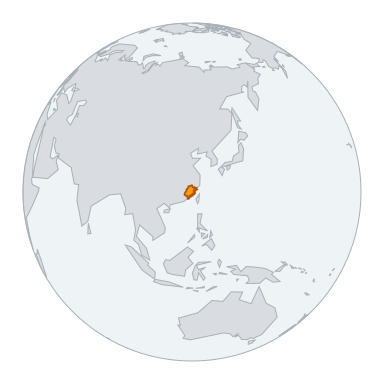 Fujian on an orthographic globe
{"feature_id": "CHN-1178", "entity_name": "Fujian", "entity_type": "Province", "adm_level": 1, "iso_a3": "CHN", "parent_name": "China", "parent_adm1": "", "projection": "orthographic", "projection_center": [118.681, 25.949], "detail": "fine", "context": "on_globe", "style": "filled", "palette": "amber", "viewbox_px": 384, "rotation_deg": 0, "n_neighbors": 0, "source": "natural_earth", "source_scale": "10m", "svg_char_len": 15206}
<svg xmlns="http://www.w3.org/2000/svg" viewBox="0 0 384 384"><circle cx="192" cy="192" r="169" fill="#eef3f6" stroke="#a8b0b8"/><path d="M334.4,268.1L334.2,269.1L334.1,269.3L334.4,268.1ZM302.5,64.2L292.7,56.7L292.9,56.5L289.4,54.2L289.0,54.5L289.6,55.3L277.2,51.4L274.0,56.6L278.6,61.8L273.2,58.3L285.8,71.2L287.6,78.5L282.0,68.2L278.8,65.7L278.3,69.3L274.9,67.6L272.7,68.6L268.6,66.4L265.7,61.1L263.0,59.7L262.8,62.5L258.6,62.4L259.3,58.5L252.1,58.0L245.8,50.2L250.8,43.5L243.9,39.1L240.0,32.6L236.9,32.1L233.4,30.0L228.6,28.8L229.2,28.4L224.8,27.9L225.1,28.6L223.3,28.7L220.5,28.2L220.8,27.4L222.3,27.5L220.9,27.1L222.3,27.0L220.0,26.8L220.7,26.2L215.8,26.1L212.9,25.2L214.5,25.0L219.8,25.8L236.7,29.1L238.5,29.6L250.1,33.3L261.4,38.0L272.4,43.4L282.9,49.6L293.0,56.5L302.5,64.2ZM351.4,148.1L350.0,144.9L351.0,145.5L351.4,148.1ZM349.1,143.9L349.6,144.8L349.1,144.2L349.1,143.9ZM348.7,144.1L348.9,144.0L348.8,144.5L348.7,144.1ZM348.3,144.9L348.4,144.4L348.5,144.6L348.3,144.9ZM347.2,145.1L346.9,145.0L346.9,144.1L347.2,145.1ZM290.4,56.1L289.4,54.7L291.0,55.3L292.3,56.6L290.4,56.1ZM286.7,55.8L285.3,54.4L289.3,56.4L288.9,56.5L286.7,55.8ZM282.7,66.2L282.5,64.3L283.9,66.8L282.7,66.2ZM273.1,69.1L274.3,70.3L272.6,70.4L273.1,69.1ZM221.6,25.7L222.1,25.7L220.7,25.5L219.0,25.2L220.5,25.5L221.6,25.7ZM264.9,67.2L262.0,67.1L264.5,66.2L264.9,67.2ZM216.1,24.8L223.4,26.0L224.9,26.4L220.9,25.9L216.1,24.8ZM259.9,66.5L252.8,66.9L254.7,69.3L245.2,62.9L254.4,64.5L257.2,62.8L257.5,64.9L259.9,66.5ZM226.5,29.0L226.0,28.3L229.0,29.4L226.5,29.0ZM228.8,29.8L240.7,34.0L240.0,35.1L236.2,33.3L237.4,35.5L231.2,34.0L229.1,32.4L230.8,31.9L227.2,31.8L228.8,29.8ZM241.1,59.6L238.9,59.1L240.7,58.6L241.1,59.6ZM222.8,28.8L225.3,29.4L224.8,30.4L219.8,29.4L221.6,29.4L222.8,28.8ZM240.7,37.0L239.5,37.8L234.2,36.6L233.0,36.8L231.0,34.0L240.7,37.0ZM220.2,28.9L217.3,28.9L214.9,28.1L220.4,28.3L220.2,28.9ZM226.8,31.2L226.4,31.6L225.0,31.0L226.8,31.2ZM204.9,25.8L207.8,26.1L207.8,26.6L204.9,25.8ZM216.3,29.0L217.2,29.3L217.5,29.6L215.1,29.5L216.3,29.0ZM227.4,33.6L225.4,33.1L227.9,34.7L224.0,34.1L223.4,32.5L222.0,33.0L220.8,32.8L221.6,31.7L227.4,33.6ZM213.8,30.5L211.6,28.6L206.1,27.6L206.0,27.1L214.8,28.8L213.8,30.5ZM218.3,31.2L215.5,30.6L216.7,30.1L219.4,30.2L218.3,31.2ZM221.6,34.5L227.7,35.7L227.6,36.1L221.6,34.5ZM211.9,30.2L212.5,30.7L211.4,30.2L211.9,30.2ZM218.3,33.2L220.5,33.5L220.4,33.9L218.3,33.2ZM211.8,31.6L211.1,30.9L212.9,30.9L211.8,31.6ZM214.6,32.4L213.9,32.9L214.0,31.3L215.6,32.5L214.6,32.4ZM217.8,33.5L218.5,33.9L216.9,33.4L217.8,33.5ZM205.3,32.2L205.0,30.2L209.0,30.1L208.7,32.0L205.3,32.2ZM66.5,78.9L65.1,80.5L63.2,82.9L58.7,88.2L48.1,104.8L51.1,101.9L47.0,114.3L47.7,119.5L57.6,109.0L56.5,100.2L61.7,92.9L66.9,94.9L68.7,103.6L70.8,101.1L74.2,91.4L79.2,89.5L75.9,87.8L73.8,91.3L71.7,90.6L73.5,87.4L75.2,86.7L75.9,83.5L67.6,88.3L64.6,92.3L63.8,87.9L58.7,94.5L56.8,95.4L64.7,84.7L67.5,82.1L78.4,69.4L75.4,71.6L64.9,84.0L66.1,81.9L62.0,85.8L66.1,81.3L78.3,67.9L80.7,64.9L80.0,65.5L89.7,57.5L90.3,57.1L98.7,51.1L95.6,53.3L98.1,51.7L95.8,53.6L99.3,52.5L98.0,54.4L105.9,50.6L106.3,51.3L101.5,53.2L97.4,55.8L94.9,61.7L96.4,61.8L101.7,59.1L100.3,61.3L105.8,58.0L107.6,60.7L110.0,54.9L116.4,52.3L121.0,52.4L123.5,50.7L116.0,50.6L112.6,51.6L109.0,54.0L100.1,56.8L99.6,55.6L110.5,49.3L111.0,47.3L119.3,43.9L134.5,45.2L137.5,48.0L128.7,57.8L124.3,58.3L125.2,54.8L118.3,60.3L121.8,58.7L120.6,60.9L126.4,59.5L125.9,61.0L132.3,57.5L132.3,59.2L128.2,61.4L136.8,61.6L138.5,65.1L140.7,64.5L142.6,62.8L143.6,68.7L145.2,68.0L145.4,65.8L148.7,63.1L154.9,60.9L155.0,63.0L152.7,64.1L148.0,70.0L142.0,73.0L142.7,73.7L147.9,71.6L153.6,64.4L157.3,62.5L155.3,65.9L156.3,64.5L158.2,64.3L160.0,66.2L162.6,62.6L183.1,58.8L188.7,62.7L184.6,65.7L198.9,67.0L204.1,72.3L204.4,70.0L211.4,69.8L209.8,68.1L210.5,67.1L227.8,66.9L231.9,69.0L239.6,67.4L239.8,66.4L237.2,64.7L245.2,62.9L254.7,69.3L253.9,71.2L260.4,74.4L257.7,78.4L258.5,83.6L251.8,86.9L253.0,91.1L255.4,91.9L258.9,98.7L257.6,110.5L248.0,97.2L247.8,80.9L247.0,87.0L244.0,84.7L241.8,86.4L241.5,91.1L243.4,92.1L226.7,96.6L219.6,108.9L227.8,109.1L231.9,113.7L231.0,130.3L212.0,151.0L217.3,159.2L217.0,164.2L210.9,166.6L211.2,159.3L206.0,156.1L207.1,151.9L197.4,154.1L198.6,148.2L190.5,153.3L192.5,158.3L200.6,158.2L193.1,165.7L200.1,175.0L199.8,185.2L184.4,201.3L170.4,204.8L169.3,207.8L164.3,203.4L156.8,208.5L165.3,227.7L164.7,232.7L152.9,240.4L152.8,236.6L139.6,224.9L136.4,236.4L146.4,248.2L149.8,260.1L141.8,255.2L138.5,244.5L133.8,240.1L135.6,230.0L132.7,213.6L124.7,214.7L125.8,208.5L120.6,193.8L109.4,194.9L91.2,206.1L87.8,221.3L81.9,226.1L76.9,200.3L78.7,184.5L74.3,183.9L71.2,167.6L58.5,158.0L59.0,153.4L56.1,153.3L54.3,146.4L56.0,139.1L53.9,137.3L50.1,156.7L52.6,158.8L58.0,155.2L56.2,161.4L58.2,169.7L47.7,178.6L32.6,177.2L35.0,165.2L43.7,127.3L45.6,124.6L45.8,124.2L46.2,123.5L43.0,127.5L45.8,120.6L36.9,144.8L33.8,154.2L32.3,177.6L31.5,178.7L32.2,184.4L39.2,187.9L38.4,191.6L32.7,204.9L26.4,217.8L29.5,235.2L32.9,248.2L33.1,249.5L29.4,237.9L26.5,226.1L24.5,214.1L23.3,202.0L23.1,189.8L23.7,177.6L25.1,165.6L27.5,153.6L30.6,141.9L34.7,130.4L39.5,119.2L45.2,108.4L51.5,98.1L58.7,88.2L66.5,78.9ZM66.6,119.9L70.3,125.3L75.5,115.5L77.4,117.0L78.5,113.3L75.9,114.8L79.6,105.5L83.7,105.6L86.7,102.0L85.6,100.1L77.6,101.6L72.2,114.7L68.4,116.6L66.6,119.9ZM110.8,43.8L113.9,42.2L114.1,42.4L111.1,44.0L108.7,45.2L110.3,44.1L110.8,43.8ZM107.4,46.3L117.8,41.1L117.2,42.1L115.8,42.3L114.3,43.5L111.6,44.3L100.9,50.8L98.0,52.3L102.7,48.5L102.8,48.7L105.7,46.9L107.4,46.3ZM145.5,30.4L150.0,29.2L142.8,32.5L139.4,33.2L140.9,31.8L145.8,30.1L145.5,30.4ZM207.6,24.2L209.8,24.3L209.7,24.4L207.7,24.4L207.6,24.2ZM205.0,23.5L208.9,23.9L213.5,24.5L207.4,23.8L204.8,23.9L205.1,24.1L209.4,25.2L218.0,26.9L216.9,27.6L213.8,27.6L211.5,27.3L213.0,26.9L208.9,26.8L209.3,26.0L206.2,25.9L197.9,23.8L200.0,23.8L192.6,23.2L195.2,23.1L199.9,23.4L197.2,23.1L205.0,23.5ZM179.5,23.5L183.6,23.5L181.5,24.3L185.2,24.0L185.3,24.4L182.3,24.5L186.9,24.6L186.2,25.1L190.0,26.4L197.1,26.9L198.7,27.6L195.5,27.7L199.3,28.4L194.4,29.1L195.4,29.7L191.6,31.3L184.9,31.4L186.6,32.1L183.7,33.7L178.1,34.2L180.7,32.7L172.7,34.5L173.0,32.8L172.0,33.1L170.1,32.2L166.1,31.8L167.1,31.0L165.1,31.2L163.8,30.8L161.4,30.9L162.3,29.7L159.5,29.8L161.5,29.2L156.4,29.8L160.5,28.9L159.3,28.5L155.9,29.6L166.3,25.2L167.3,24.8L179.5,23.5ZM204.0,32.6L196.0,32.6L192.2,31.8L200.4,29.5L200.2,28.8L205.3,27.8L210.7,29.0L208.7,29.2L208.0,29.6L206.6,29.0L207.3,29.9L204.6,30.2L204.4,31.0L201.8,30.7L204.0,32.6ZM64.3,82.1L63.4,83.4L62.8,84.8L60.2,87.4L64.3,82.1ZM72.5,72.9L72.2,73.4L68.2,77.4L69.1,76.2L72.5,72.9ZM75.4,70.5L72.5,73.1L74.6,71.0L75.4,70.5ZM101.5,53.7L101.6,54.3L100.3,55.1L98.7,55.7L101.5,53.7ZM154.2,40.7L156.3,39.6L157.2,39.7L163.2,38.4L163.4,39.8L159.9,41.1L154.2,40.7ZM55.5,109.6L53.3,110.4L54.0,108.4L54.6,108.5L55.5,109.6ZM55.3,98.1L53.7,102.2L54.6,98.8L55.3,98.1ZM155.5,42.0L157.9,41.2L156.5,42.4L155.5,42.0ZM163.9,40.8L162.8,42.1L164.1,39.8L163.9,40.8ZM106.8,337.6L110.3,339.6L108.5,338.7L106.8,337.6ZM40.6,258.4L46.6,277.2L44.3,273.9L40.4,266.3L35.9,253.7L37.4,253.6L37.2,249.0L40.6,258.4ZM192.8,290.1L198.1,291.1L197.9,291.7L192.8,290.1ZM187.3,287.4L193.3,288.1L186.3,288.8L187.3,287.4ZM195.6,288.3L201.7,287.4L204.3,286.4L203.9,287.8L195.6,288.3ZM183.3,287.2L161.8,284.6L153.4,281.6L155.3,279.4L168.9,281.9L183.3,287.2ZM154.6,279.2L141.9,269.9L125.2,245.0L131.2,246.8L148.7,263.2L147.6,265.2L155.3,272.2L154.6,279.2ZM185.7,269.8L184.5,276.3L172.6,274.5L167.2,272.8L163.4,263.8L165.5,259.7L169.9,260.4L187.5,247.0L193.5,251.3L188.0,257.2L192.9,263.5L185.7,269.8ZM88.3,223.1L90.9,233.5L87.8,233.9L88.3,223.1ZM194.9,236.8L187.6,243.0L194.4,234.5L194.9,236.8ZM199.2,228.6L199.4,232.1L196.7,228.5L199.2,228.6ZM168.8,212.6L164.1,212.8L164.2,210.3L170.2,208.6L168.8,212.6ZM199.5,193.8L198.8,201.2L197.6,203.7L195.9,199.0L199.5,193.8ZM161.0,55.6L152.3,55.7L146.3,57.3L143.1,60.4L143.9,56.3L153.2,53.8L161.0,55.6ZM180.3,58.0L183.1,55.8L184.4,57.1L183.9,57.8L180.3,58.0ZM180.2,56.5L178.9,53.2L182.1,52.2L182.5,54.9L180.2,56.5ZM166.8,46.7L164.3,46.5L165.5,45.5L166.8,46.7ZM294.5,324.9L295.9,324.4L291.1,328.3L284.6,332.8L278.9,335.9L294.5,324.9ZM248.3,344.3L248.3,341.4L255.1,340.0L252.1,343.0L248.3,344.3ZM299.0,321.3L303.3,317.1L305.2,313.5L304.4,316.2L307.6,314.3L297.3,323.5L299.0,321.3ZM223.5,332.9L190.4,339.8L183.1,338.4L184.8,335.4L177.9,325.0L180.3,325.4L178.5,318.1L198.0,312.7L212.0,300.5L223.0,301.4L231.2,291.8L242.6,292.1L239.2,299.7L251.1,303.7L259.1,286.6L266.3,303.3L274.9,307.8L277.2,317.1L261.7,334.5L252.9,338.6L251.2,337.6L247.5,339.5L241.8,339.6L238.6,335.3L235.0,337.1L238.5,333.2L233.2,336.8L230.3,333.9L223.5,332.9ZM304.9,293.0L306.5,292.9L309.1,294.7L306.4,295.2L304.9,293.0ZM330.2,273.7L330.9,274.6L329.2,275.9L330.2,273.7ZM334.1,269.3L332.1,271.0L334.4,268.1L334.1,269.3ZM313.8,280.7L314.6,281.4L313.9,282.0L313.8,280.7ZM313.1,280.6L314.1,278.6L314.0,280.3L313.1,280.6ZM305.2,273.6L306.2,272.4L306.7,273.0L305.2,273.6ZM205.9,291.5L213.1,286.8L217.2,286.5L205.9,291.5ZM303.8,272.0L301.2,272.5L301.5,271.5L303.8,272.0ZM303.9,269.7L303.6,268.4L305.2,271.2L303.9,269.7ZM299.0,267.8L302.1,269.5L298.6,268.2L299.0,267.8ZM297.1,268.5L294.9,267.9L295.0,267.4L297.1,268.5ZM271.5,274.4L280.0,281.5L273.2,282.2L265.6,278.0L259.7,283.3L246.2,283.4L249.3,280.3L247.4,275.8L233.6,274.4L230.8,271.3L235.7,269.2L226.7,266.8L236.6,265.4L240.7,271.6L246.3,266.5L256.1,267.2L265.6,268.6L273.4,272.4L271.5,274.4ZM236.7,279.1L238.4,279.1L236.9,281.0L236.7,279.1ZM290.5,265.3L293.8,267.7L293.4,268.5L291.8,268.3L290.5,265.3ZM275.1,271.2L283.4,265.0L285.4,264.8L279.9,271.3L275.1,271.2ZM281.4,261.9L285.2,262.1L287.3,264.7L286.5,265.6L281.4,261.9ZM216.4,273.3L216.0,275.1L213.5,273.6L216.4,273.3ZM219.7,272.4L227.5,274.3L219.0,273.8L219.7,272.4ZM196.4,265.3L198.6,269.6L205.7,267.3L200.3,270.9L205.2,277.9L203.6,280.3L198.7,272.8L197.1,280.2L194.0,279.8L192.3,273.3L195.4,265.5L198.5,262.4L211.3,261.7L196.4,265.3ZM219.6,267.3L217.6,262.4L219.1,259.2L221.4,261.8L219.6,267.3ZM211.7,250.3L206.4,244.3L201.5,246.2L211.5,238.6L214.9,245.6L211.7,250.3ZM207.4,237.3L202.7,239.1L207.6,234.6L207.4,237.3ZM201.6,237.1L201.2,232.9L204.8,233.7L201.6,237.1ZM209.7,237.6L210.8,230.7L212.5,234.9L209.7,237.6ZM200.0,223.6L207.5,230.9L197.6,227.4L197.7,213.8L202.0,213.8L200.0,223.6ZM227.2,170.2L226.4,166.3L230.4,165.5L229.8,168.4L227.2,170.2ZM242.8,160.8L231.3,164.1L221.9,167.3L224.6,169.2L222.1,175.7L218.3,169.3L225.2,162.4L232.2,161.3L233.6,155.8L239.0,152.3L238.4,145.6L240.9,142.8L243.6,148.7L242.8,160.8ZM237.9,142.7L238.8,131.1L246.1,133.0L247.6,135.9L244.1,140.3L240.4,139.1L237.9,142.7ZM241.2,129.0L237.6,127.7L231.5,110.9L232.0,107.9L240.6,121.0L237.7,120.7L237.9,124.7L241.2,129.0ZM239.4,60.2L239.0,59.2L240.7,60.1L239.4,60.2ZM209.5,66.2L210.6,64.9L212.6,65.9L209.5,66.2ZM214.9,62.2L211.9,61.9L215.1,61.3L214.9,62.2ZM205.2,61.6L210.7,61.4L205.5,62.9L205.2,61.6Z" fill="#d9dde1" stroke="#a8b0b8" stroke-width="1"/><path d="M196.5,188.0L196.6,188.4L196.4,188.2L196.2,188.1L196.3,188.0L196.2,188.0L196.3,187.9L196.0,188.0L195.9,188.2L196.1,188.1L196.3,188.2L196.4,188.3L196.6,188.4L196.4,188.4L196.5,188.5L196.4,188.5L196.5,188.6L196.1,188.5L196.0,188.8L195.9,188.9L196.1,189.0L195.8,189.1L195.7,189.2L195.5,189.4L195.8,189.5L195.7,189.6L195.9,189.7L195.7,189.8L195.8,189.9L195.7,190.0L195.7,189.9L195.5,190.0L195.4,190.0L195.2,190.3L195.1,190.1L195.4,189.9L195.5,189.7L195.3,189.5L195.2,189.8L195.0,189.7L194.9,189.8L195.0,189.6L194.9,189.5L194.9,189.4L195.1,189.3L194.9,189.4L194.8,189.7L194.7,189.5L194.6,189.4L194.6,189.6L194.7,189.8L194.5,189.6L194.4,189.5L194.3,189.8L194.4,190.2L194.6,190.0L194.8,190.0L194.9,190.3L195.0,190.5L194.9,190.6L194.6,190.4L194.3,190.5L194.6,190.6L194.6,190.8L194.8,190.9L194.8,190.7L194.9,190.8L195.0,190.6L195.4,190.8L195.2,190.9L194.9,191.0L194.6,191.0L194.4,191.3L194.3,191.5L194.1,191.9L193.9,191.8L193.6,191.7L193.4,191.6L193.1,191.4L193.3,191.6L193.5,191.9L193.7,192.0L194.0,192.0L194.2,191.7L194.3,191.7L194.7,191.8L194.6,192.1L194.4,192.3L194.4,192.2L194.5,192.5L194.4,192.8L194.3,192.7L194.0,192.8L194.2,193.1L194.3,193.1L194.4,193.3L194.5,193.3L194.5,193.5L194.4,193.8L194.4,193.7L194.4,193.4L194.3,193.6L194.1,193.7L194.2,193.4L194.0,193.5L194.0,193.4L193.8,193.2L193.7,193.0L193.5,193.4L193.1,193.6L193.3,193.8L193.4,193.7L193.4,193.9L193.4,194.0L193.5,193.8L193.8,194.0L193.6,194.1L193.5,194.3L193.5,194.2L193.3,194.3L193.2,194.1L193.1,194.3L193.3,194.4L193.1,194.4L193.1,194.5L193.0,194.4L192.9,194.4L193.0,194.2L192.8,194.1L192.5,194.1L192.6,194.3L192.7,194.2L192.8,194.3L192.7,194.5L192.4,194.6L192.7,194.8L192.9,194.7L192.8,194.8L192.8,195.0L192.8,194.9L192.6,194.9L192.6,195.1L192.8,195.1L192.7,195.2L192.3,195.1L192.1,195.3L192.0,195.2L192.0,194.9L191.9,195.0L192.0,195.2L191.7,195.1L191.8,195.2L191.9,195.5L192.1,195.4L192.1,195.5L192.0,195.8L191.9,195.7L191.9,195.9L192.0,195.9L191.9,196.0L191.7,196.2L191.3,195.9L191.3,195.7L191.2,195.8L191.3,195.9L191.3,196.0L191.1,196.0L190.9,196.0L190.7,196.0L190.7,195.9L190.6,195.7L190.5,196.0L190.3,195.9L190.3,196.1L190.2,196.1L190.3,196.2L190.2,196.4L189.8,196.3L189.7,196.3L189.9,196.4L189.6,196.4L189.9,196.6L190.3,196.5L190.2,196.8L190.4,196.7L190.5,197.0L190.4,197.0L190.1,197.2L190.1,197.3L190.0,197.1L189.9,197.2L190.0,197.3L189.9,197.5L189.7,197.7L189.5,198.0L189.4,198.0L189.5,197.9L189.6,197.7L189.4,197.6L189.3,197.9L189.2,198.0L189.2,198.3L189.1,198.5L189.1,198.2L188.6,197.9L188.6,198.0L188.8,198.1L188.7,198.4L188.3,198.4L188.2,198.4L188.3,198.4L188.2,198.7L188.2,198.8L188.1,198.6L188.0,198.8L187.9,198.9L187.6,198.5L187.3,197.5L187.4,197.1L187.2,196.6L187.0,196.4L186.8,196.1L186.9,195.8L186.6,195.7L186.2,195.9L185.8,195.2L185.5,195.3L185.5,195.2L185.1,195.2L184.9,195.0L184.5,195.0L184.4,194.9L184.5,194.7L184.4,194.1L184.6,194.0L184.8,193.7L184.9,193.3L185.0,193.0L184.9,192.9L185.2,192.5L185.3,192.4L185.2,192.2L185.4,192.1L185.8,191.9L186.0,191.6L186.0,191.4L186.0,191.0L186.3,190.6L186.5,190.6L186.6,190.3L186.4,190.3L186.4,190.1L186.3,189.8L186.4,189.2L186.7,188.9L187.4,188.8L187.7,188.6L188.0,188.0L187.9,187.9L187.9,187.6L187.9,187.2L188.2,186.7L188.4,186.6L188.4,186.3L188.5,186.3L189.0,186.0L189.2,186.4L189.6,186.5L189.7,186.4L189.7,186.2L190.1,186.0L190.4,186.0L190.6,185.8L191.2,185.7L191.2,185.4L191.3,185.2L191.6,185.2L191.8,185.1L192.0,185.1L192.3,185.3L192.2,185.4L192.3,185.6L192.2,185.7L192.2,186.0L192.4,186.2L192.5,186.8L192.6,187.3L192.6,187.5L193.1,187.5L193.5,187.7L193.8,187.4L194.0,187.4L194.2,187.0L194.4,186.9L194.5,187.0L194.4,187.1L194.5,187.2L194.6,187.4L194.6,187.7L194.9,188.0L195.3,187.9L195.6,187.9L195.8,187.7L196.1,187.7L196.4,187.8L196.5,188.0ZM195.1,193.2L195.0,193.3L194.9,193.5L194.7,193.5L194.7,193.4L194.9,193.2L194.7,193.1L194.9,192.8L195.0,193.0L195.1,193.2ZM188.5,198.4L188.9,198.5L188.6,198.8L188.6,199.0L188.3,199.0L188.5,198.7L188.4,198.6L188.5,198.5L188.5,198.4ZM190.4,196.1L190.7,196.2L190.7,196.3L190.5,196.5L190.4,196.4L190.4,196.1ZM193.5,191.7L193.9,191.9L193.5,191.8L193.4,191.6L193.5,191.7ZM193.8,193.1L193.7,193.5L193.6,193.4L193.7,193.2L193.8,193.1ZM194.2,194.2L194.4,194.2L194.3,194.3L194.2,194.2L194.2,194.2ZM194.4,191.5L194.5,191.6L194.3,191.6L194.4,191.5ZM196.3,189.1L196.5,189.1L196.3,189.1Z" fill="#f59e0b" stroke="#b45309" stroke-width="1.5"/></svg>